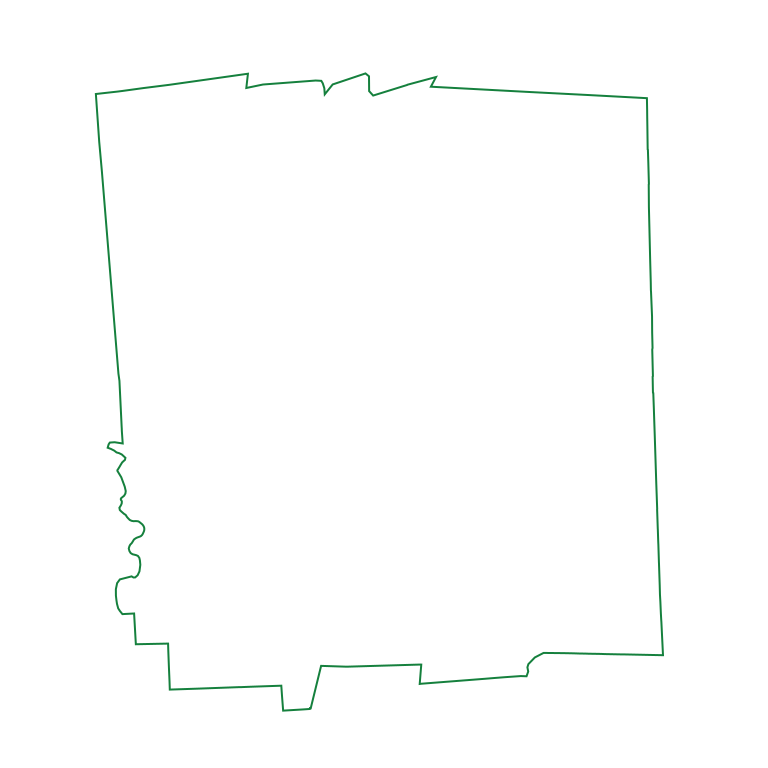 outline of Hualahuises, Nuevo León, Mexico, rotated 86°
{"feature_id": "50627088B9840783039526", "entity_name": "Hualahuises", "entity_type": "district", "adm_level": 2, "iso_a3": "MEX", "parent_name": "Mexico", "parent_adm1": "Nuevo León", "projection": "natural_earth1", "projection_center": [-99.659, 24.884], "detail": "fine", "context": "isolated", "style": "outline", "palette": "green", "viewbox_px": 768, "rotation_deg": 86, "n_neighbors": 0, "source": "geoboundaries", "source_scale": "gbopen_adm2", "svg_char_len": 2914}
<svg xmlns="http://www.w3.org/2000/svg" viewBox="0 0 768 768"><g transform="rotate(86 384 384)"><path d="M117.2,101.8L109.9,160.7L103.0,217.4L90.7,316.5L81.4,310.7L87.1,339.8L87.3,340.0L95.5,374.7L90.8,378.4L76.0,377.5L72.9,380.8L81.6,414.3L90.9,422.9L84.8,422.9L79.8,424.1L77.2,425.4L76.6,430.2L76.5,431.2L76.8,483.8L79.1,500.7L65.0,498.1L70.6,577.7L72.0,603.2L73.4,624.2L73.7,629.3L74.6,651.2L122.5,651.2L152.0,650.6L355.1,648.2L362.4,647.7L408.7,648.7L409.4,648.7L409.6,648.7L409.9,648.7L412.7,648.8L425.1,648.8L423.3,656.8L423.3,661.6L425.0,662.9L428.3,664.1L429.7,661.0L431.6,657.8L433.6,655.6L434.5,653.1L436.0,650.5L438.1,648.5L439.6,647.1L441.6,647.7L442.6,649.0L444.0,650.7L446.1,652.2L448.3,653.7L450.8,655.5L451.4,656.0L452.1,656.0L458.7,652.6L468.3,649.8L472.8,649.1L475.2,649.6L477.3,651.0L478.5,652.7L479.6,654.2L480.4,654.6L481.3,654.5L481.9,654.0L483.1,653.7L484.9,654.0L486.5,654.8L487.8,655.7L489.0,656.6L491.3,656.3L492.6,655.2L495.3,652.5L496.6,650.8L498.7,649.7L499.9,648.8L501.9,647.1L502.9,645.3L503.4,643.3L503.4,641.7L503.6,640.0L503.8,638.9L504.5,637.7L505.2,637.0L506.3,635.8L507.2,634.9L508.5,634.0L510.3,633.3L511.8,633.2L513.2,633.4L514.5,633.9L515.6,634.5L516.7,635.1L517.8,635.9L518.7,637.0L519.1,637.9L519.5,639.3L520.0,641.1L520.6,642.5L521.7,644.3L523.6,645.6L525.2,646.8L526.5,648.3L528.1,649.3L530.3,650.1L532.9,649.6L535.0,648.5L536.3,646.7L537.4,643.3L538.3,641.5L540.4,640.2L542.9,639.8L547.4,639.7L550.8,640.4L553.8,641.0L557.6,643.1L559.6,645.7L559.5,647.5L558.3,649.2L560.5,661.1L564.0,664.1L570.0,665.8L576.4,666.2L580.9,666.0L584.7,665.7L589.3,664.8L592.0,663.3L595.3,661.0L595.5,649.3L626.3,649.7L627.9,617.5L628.0,617.5L635.3,617.8L651.0,618.3L665.8,618.7L673.9,619.0L674.9,591.5L675.5,573.4L676.3,549.2L676.4,548.5L676.7,538.3L677.8,507.5L687.3,507.5L702.8,507.4L703.0,487.0L703.0,480.8L702.8,480.8L702.1,480.5L702.2,480.0L702.3,479.7L660.8,466.4L663.4,441.0L666.4,367.4L666.5,366.4L685.7,369.3L685.6,367.6L685.3,328.6L685.2,315.6L685.1,303.5L685.0,295.7L684.9,284.0L684.9,270.4L684.9,267.9L685.5,262.2L680.9,260.2L676.6,260.7L673.5,259.5L667.3,252.6L663.4,243.6L665.1,222.5L665.3,220.6L665.4,219.2L665.9,213.6L666.5,207.8L667.0,201.8L667.4,198.1L667.7,194.4L668.4,186.4L668.8,182.8L670.4,164.9L670.5,163.6L670.5,163.3L670.6,162.2L674.0,124.6L640.9,123.9L639.9,123.9L639.7,123.9L638.6,123.9L631.9,123.8L620.6,123.5L613.2,123.4L604.2,123.0L582.0,122.2L581.4,122.2L563.1,121.5L562.7,121.5L559.2,121.4L548.4,121.0L547.6,121.0L528.2,120.3L527.6,120.2L501.5,119.3L454.2,117.5L440.2,117.0L426.8,116.5L411.8,116.0L411.5,116.3L409.0,116.2L395.4,115.5L395.0,115.2L368.3,114.0L366.8,113.6L351.3,112.9L335.4,111.9L310.9,111.2L308.9,111.2L301.3,110.8L292.0,110.4L278.1,109.8L252.1,108.6L226.0,107.4L203.4,106.0L203.1,105.8L182.0,104.9L168.7,104.4L168.4,104.6L145.2,103.3L135.9,102.8L129.2,102.4L119.4,101.9L117.2,101.8Z" fill="none" stroke="#15803d" stroke-width="2"/></g></svg>